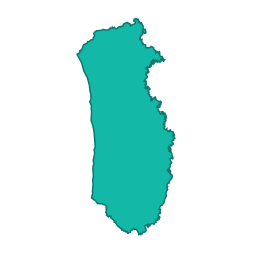 the district of Phu Kamyao, Phayao, Thailand, rotated 352°
{"feature_id": "78962969B43873675128191", "entity_name": "Phu Kamyao", "entity_type": "district", "adm_level": 2, "iso_a3": "THA", "parent_name": "Thailand", "parent_adm1": "Phayao", "projection": "robinson", "projection_center": [99.99, 19.32], "detail": "fine", "context": "isolated", "style": "filled", "palette": "teal", "viewbox_px": 256, "rotation_deg": 352, "n_neighbors": 0, "source": "geoboundaries", "source_scale": "gbopen_adm2", "svg_char_len": 5894}
<svg xmlns="http://www.w3.org/2000/svg" viewBox="0 0 256 256"><g transform="rotate(352 128 128)"><path d="M156.4,27.7L156.0,25.8L155.4,26.1L155.6,25.6L154.7,25.7L154.4,24.7L153.3,24.8L153.8,24.0L153.1,23.0L153.2,21.8L151.9,21.9L151.7,21.0L150.8,20.7L150.1,21.2L149.4,21.0L148.7,22.4L148.8,23.1L150.2,24.0L149.8,25.1L149.1,25.8L146.5,26.3L145.9,26.8L145.2,26.4L144.7,26.9L144.7,25.8L144.2,24.9L143.2,24.6L142.4,23.5L141.8,23.9L141.2,23.4L137.8,24.6L137.6,26.3L135.4,26.4L134.7,26.9L134.3,26.4L133.1,26.6L131.9,27.1L131.0,28.1L129.2,27.8L128.4,26.4L126.4,27.0L126.3,26.3L125.9,26.9L124.7,26.8L124.4,26.4L123.8,27.4L123.1,27.4L122.9,28.0L122.1,28.1L120.2,28.0L116.8,26.9L114.9,27.6L110.2,27.3L108.0,28.7L107.2,29.8L107.8,32.2L106.2,33.7L105.7,35.6L103.3,35.7L101.4,37.1L100.1,36.8L99.3,38.3L95.6,39.4L93.1,44.2L92.0,44.3L91.9,45.0L90.8,44.9L90.5,46.9L87.8,47.9L91.2,57.2L92.2,65.3L94.8,72.7L95.7,80.4L95.5,85.9L95.9,88.8L95.4,94.3L93.7,96.7L94.9,100.7L94.3,103.6L94.2,107.0L92.5,115.4L93.5,120.5L93.9,126.8L92.9,141.7L92.6,143.0L91.4,144.6L91.5,148.3L89.0,155.4L89.2,158.8L88.2,160.6L87.6,163.1L87.0,171.3L85.9,173.9L85.6,179.0L83.8,186.5L84.3,187.5L82.9,189.8L82.2,192.1L85.8,195.7L87.4,198.7L92.0,199.4L92.4,200.3L94.2,200.7L94.8,201.2L95.9,203.0L95.3,203.8L95.7,204.8L95.1,205.1L95.1,206.8L94.3,208.4L94.7,208.7L95.2,210.7L94.7,211.4L96.2,213.3L96.5,212.8L97.9,212.6L98.0,213.1L98.8,213.2L98.5,214.7L100.6,216.7L101.3,218.2L101.8,218.1L102.1,219.0L101.7,219.4L102.6,219.5L102.3,219.9L104.2,223.8L105.1,224.2L105.3,225.0L106.7,226.4L107.7,226.6L107.8,227.0L107.3,226.7L107.2,227.1L108.0,227.7L107.8,228.3L109.2,228.4L109.6,229.6L110.6,229.4L111.1,230.1L111.9,230.1L111.9,230.8L112.8,230.7L113.0,232.2L113.4,232.4L114.2,231.7L115.8,231.5L116.2,230.1L117.0,229.9L117.0,229.5L118.4,229.6L119.6,228.2L120.2,228.6L120.4,229.4L121.3,229.2L122.4,229.9L123.9,233.4L123.9,235.0L125.1,234.6L125.7,235.3L126.1,234.2L127.4,234.7L128.3,233.2L129.8,233.5L131.1,232.8L131.7,231.9L131.7,230.2L130.8,228.1L132.0,226.7L133.3,226.6L133.3,228.3L134.2,229.0L135.2,227.8L134.6,227.1L134.7,226.0L135.4,226.4L135.6,227.3L136.1,227.7L137.0,226.2L139.4,226.1L140.4,227.0L141.6,225.4L142.9,225.0L142.5,223.2L144.5,223.5L145.1,222.6L145.9,222.9L146.2,222.2L145.1,221.2L145.8,220.8L146.7,221.3L147.1,221.0L147.1,220.5L145.7,218.7L146.8,216.8L147.9,217.1L148.4,216.8L148.0,215.1L148.9,213.2L147.5,212.8L148.4,211.6L148.6,210.3L149.9,209.0L151.0,209.3L152.2,207.6L153.2,207.1L154.3,203.9L156.6,200.5L156.5,198.0L156.8,196.9L158.7,194.2L158.3,192.4L159.2,191.6L158.5,190.6L158.8,189.4L159.7,188.2L160.7,188.5L162.2,185.6L164.0,184.4L163.7,183.6L164.6,183.4L165.2,181.8L164.7,180.1L163.7,179.9L163.8,178.7L163.0,178.5L163.3,177.8L163.9,177.7L164.0,177.0L162.0,177.3L162.1,176.6L163.1,176.0L163.8,176.4L163.9,175.9L163.2,175.1L161.5,175.8L161.2,175.3L161.6,174.6L163.3,173.8L164.2,172.4L164.9,169.5L165.8,169.2L166.4,168.3L164.8,164.3L167.2,163.6L168.0,164.7L168.5,163.8L167.7,161.5L167.8,159.9L167.2,157.1L165.6,157.1L165.2,156.8L165.7,155.9L167.5,155.6L167.6,154.8L166.9,154.0L166.2,154.6L165.2,154.5L165.1,153.8L165.5,152.9L167.1,153.3L167.1,152.6L166.1,151.8L166.7,151.0L167.9,151.0L168.8,151.7L169.3,150.5L170.6,150.2L170.7,149.5L169.1,147.5L170.1,146.6L171.3,146.6L171.3,145.3L172.8,145.1L173.0,144.7L172.3,142.9L170.9,142.2L171.4,141.5L172.9,141.6L172.7,140.3L172.1,140.0L172.4,138.4L169.7,137.1L169.7,135.9L169.0,136.0L168.7,137.2L168.0,136.4L167.0,136.9L166.1,135.2L166.3,134.2L165.2,135.0L164.0,133.8L163.2,133.5L163.2,133.1L164.7,132.0L164.4,131.4L164.8,130.3L163.6,129.8L164.1,128.5L165.1,128.5L164.9,126.8L165.9,126.8L166.5,126.2L166.6,124.4L166.1,124.1L165.5,124.5L165.5,124.2L166.6,123.1L167.4,123.1L167.2,122.7L166.2,122.9L165.9,122.6L166.3,121.7L167.4,121.6L167.3,120.5L166.4,120.1L166.7,119.0L164.7,119.7L164.9,118.1L165.5,118.4L165.7,117.9L164.4,116.5L163.5,116.7L163.5,118.4L162.0,118.8L161.6,117.2L161.9,116.4L160.8,115.6L160.3,114.3L160.5,111.6L159.5,111.7L159.2,111.3L160.4,110.4L161.8,111.8L162.5,111.6L162.9,110.1L162.0,109.0L163.8,109.1L164.0,108.1L163.5,107.6L164.5,107.2L164.3,106.3L163.6,105.9L162.3,106.3L160.7,104.9L159.4,103.1L159.6,102.0L159.2,101.1L157.9,101.7L157.9,102.7L157.6,102.9L155.9,102.4L155.6,102.8L155.8,104.2L154.6,104.2L154.6,102.2L155.7,101.3L155.8,100.7L153.8,99.5L154.0,98.0L152.9,96.8L153.7,96.0L153.5,94.7L153.0,94.3L154.0,93.2L155.0,93.0L155.1,92.1L153.5,89.8L152.3,92.0L151.9,91.4L152.5,90.0L152.1,90.1L151.1,91.2L150.3,90.6L151.0,89.8L151.5,90.1L151.8,89.9L151.7,88.2L150.8,87.8L150.8,87.4L151.2,87.1L152.0,87.3L152.5,85.8L151.3,84.3L150.4,83.8L151.0,83.4L152.2,83.8L151.8,82.4L154.2,80.5L153.9,78.0L152.9,78.1L153.0,77.2L154.3,76.6L153.6,76.0L153.8,75.5L154.7,75.7L155.6,75.2L156.1,75.9L156.6,75.3L155.7,74.3L156.2,73.7L155.7,72.9L155.6,71.8L154.5,72.0L154.0,71.8L154.0,71.4L155.1,70.5L155.7,70.7L155.9,70.1L156.8,71.0L157.5,70.4L158.3,70.9L159.0,69.8L158.0,69.1L159.7,69.8L160.0,69.2L159.7,68.8L158.7,68.6L159.6,67.6L161.4,67.8L161.7,68.4L162.8,67.7L162.8,65.6L160.6,66.4L160.1,66.0L161.0,64.9L161.9,65.0L161.9,64.4L162.5,63.7L163.2,65.0L164.0,64.5L164.3,65.0L164.9,65.0L164.2,65.9L164.3,66.3L165.1,66.2L166.0,65.5L165.8,66.5L166.2,66.9L167.6,66.7L168.1,66.2L168.8,67.2L169.9,66.8L170.2,65.4L169.9,64.2L171.1,64.7L171.3,65.4L172.5,66.8L173.8,65.5L172.5,64.8L172.6,63.9L171.8,63.2L171.8,62.0L170.7,61.8L169.5,61.0L169.8,59.8L169.4,59.0L170.0,57.7L169.7,56.8L169.0,57.1L168.8,57.8L167.7,56.5L166.1,57.6L166.4,56.5L165.8,56.1L166.2,55.2L165.1,54.7L164.4,53.4L164.6,52.5L163.6,51.2L162.2,50.4L161.1,51.3L159.8,51.5L156.9,51.0L156.9,48.1L154.1,47.3L154.7,46.2L153.8,45.9L153.7,43.2L153.0,42.7L154.0,42.7L154.2,42.1L153.2,42.0L152.0,40.9L152.8,40.0L153.1,38.6L153.7,38.7L153.9,37.9L155.6,37.5L155.8,36.4L155.4,35.3L156.0,34.7L156.0,33.9L157.5,36.4L158.3,36.6L159.0,36.0L158.9,32.8L156.8,32.5L157.1,28.6L156.4,27.7Z" fill="#14b8a6" stroke="#0f766e" stroke-width="1.5"/></g></svg>